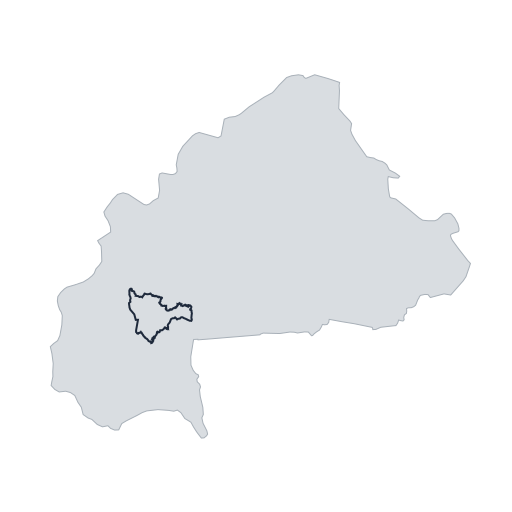 Tuy, Tuy, Burkina Faso (highlighted), rotated 356°
{"feature_id": "67063806B52798800731394", "entity_name": "Tuy", "entity_type": "district", "adm_level": 2, "iso_a3": "BFA", "parent_name": "Burkina Faso", "parent_adm1": "Tuy", "projection": "natural_earth1", "projection_center": [-3.482, 11.43], "detail": "fine", "context": "in_parent", "style": "outline", "palette": "slate", "viewbox_px": 512, "rotation_deg": 356, "n_neighbors": 0, "source": "geoboundaries", "source_scale": "gbopen_adm2", "svg_char_len": 8763}
<svg xmlns="http://www.w3.org/2000/svg" viewBox="0 0 512 512"><g transform="rotate(356 256 256)"><path d="M389.4,335.2L375.5,335.8L370.4,337.6L367.4,337.6L367.3,336.2L366.9,335.3L349.3,330.4L337.0,327.5L324.6,324.3L323.9,327.3L322.1,329.3L319.4,329.4L317.5,328.9L316.3,331.2L314.2,334.3L311.3,335.8L308.5,337.7L306.9,339.3L305.8,339.4L302.9,335.5L299.1,335.1L292.0,335.7L288.9,334.7L284.5,334.2L274.2,335.0L257.8,333.4L255.1,334.2L254.4,334.9L238.2,335.1L220.3,335.3L205.3,335.5L192.3,335.6L192.2,335.0L188.0,334.9L187.6,336.2L183.9,351.9L183.5,360.4L185.4,365.7L187.7,369.1L190.1,370.5L190.4,372.4L188.4,374.8L188.6,377.4L190.9,380.0L191.5,382.7L190.3,385.6L190.6,392.4L192.4,403.3L192.4,410.4L190.7,413.6L191.5,419.2L194.8,427.0L195.3,430.3L194.2,431.8L191.5,433.8L188.8,433.8L185.6,429.0L184.3,426.9L181.7,422.1L179.5,417.3L176.6,415.2L173.7,413.2L170.2,407.1L166.8,404.2L163.2,405.1L158.0,403.9L147.5,402.4L136.2,402.9L131.5,404.3L126.8,406.5L115.1,411.4L110.4,413.8L106.9,419.9L102.9,419.8L98.9,417.8L96.4,415.0L91.0,415.7L85.9,413.0L80.9,407.6L77.2,405.9L72.5,402.1L71.2,394.7L68.2,389.6L65.5,382.5L61.4,379.3L56.7,377.6L50.2,377.9L46.0,375.1L42.6,370.9L43.5,367.3L45.0,362.1L45.2,357.2L46.2,349.2L45.6,339.1L44.5,332.1L48.0,329.2L52.2,326.6L54.8,321.8L57.5,311.2L58.6,301.9L57.8,298.5L56.4,295.8L55.3,291.8L54.7,287.0L55.5,282.7L58.6,278.8L62.5,275.5L65.3,273.9L72.7,272.3L81.9,269.9L87.2,267.1L91.1,264.3L93.3,262.1L95.5,257.6L99.1,254.2L101.8,250.7L102.2,240.9L102.2,235.3L100.2,232.2L99.1,229.6L112.7,222.0L112.8,216.6L110.9,210.5L108.2,205.7L107.3,201.5L111.0,196.6L114.4,192.9L116.8,189.7L122.2,184.9L127.8,183.7L132.9,185.5L147.8,196.8L150.4,197.5L153.5,196.6L157.4,193.6L162.5,191.3L164.4,183.8L164.2,172.6L165.4,167.5L168.1,166.6L176.7,168.8L178.9,168.9L181.4,168.2L183.2,166.2L183.2,162.6L182.8,159.5L185.5,149.1L190.7,141.4L201.0,131.7L204.2,129.8L207.9,128.8L226.4,135.4L229.5,133.8L233.9,117.3L239.0,115.7L245.0,115.4L248.9,114.0L250.9,112.9L259.7,106.6L275.2,98.1L283.5,94.4L285.1,93.1L291.1,87.0L299.0,80.1L304.0,78.7L311.0,78.2L315.4,79.3L316.6,81.3L318.1,82.3L327.2,79.3L340.2,84.0L351.5,88.7L350.8,91.6L350.8,96.8L349.9,104.9L348.8,114.7L353.5,121.1L359.1,127.9L360.6,130.6L359.1,137.3L360.2,141.2L363.2,147.8L368.2,156.1L373.4,164.7L377.0,165.8L380.4,166.5L382.5,168.1L385.5,169.6L388.5,170.5L391.1,172.4L392.8,174.2L395.0,179.5L400.8,183.0L404.9,186.5L403.3,188.2L398.2,187.5L393.5,186.0L392.8,188.6L392.7,198.3L393.5,206.3L394.6,207.4L399.4,208.9L410.9,219.4L421.2,229.3L424.7,231.9L430.4,232.9L436.8,233.3L439.6,232.4L445.8,227.4L449.1,226.8L452.1,227.0L453.8,227.8L456.8,231.9L459.6,238.0L460.4,242.6L460.2,245.0L459.2,245.9L454.1,247.1L451.9,248.0L451.4,249.4L452.2,252.4L453.2,254.4L458.8,263.3L466.9,275.3L469.4,278.4L468.0,281.9L464.0,291.3L461.0,295.2L447.5,308.5L440.9,306.9L427.0,309.6L424.9,306.5L421.7,306.1L417.6,306.7L416.2,307.8L415.7,309.1L414.3,311.0L411.8,316.2L409.8,317.6L407.3,318.4L404.3,318.3L402.5,318.9L402.5,321.6L402.0,323.8L400.0,325.0L399.1,327.5L399.3,330.0L398.1,331.1L395.5,330.5L393.9,329.8L392.5,333.0L390.7,335.2L389.4,335.2Z" fill="#d9dde1" stroke="#a8b0b8" stroke-width="1"/><path d="M148.3,286.2L148.1,286.1L147.9,286.3L147.6,286.2L147.0,286.5L145.1,286.6L143.6,286.3L142.3,285.7L142.1,285.8L142.0,286.1L141.8,286.4L141.6,286.9L141.0,287.4L140.8,287.7L140.5,288.0L140.2,288.5L139.8,288.8L139.6,289.2L139.1,288.8L138.4,288.5L137.8,288.6L137.4,288.8L136.9,288.8L136.6,288.6L136.4,288.4L136.3,288.2L136.1,288.1L135.7,287.8L134.9,287.7L133.2,287.3L133.3,287.1L133.4,286.8L133.2,285.8L132.5,285.3L132.4,285.0L132.1,284.5L132.2,284.1L132.0,283.0L131.3,282.6L130.9,282.4L130.2,282.4L130.0,282.2L129.5,282.0L129.5,281.8L129.8,281.0L129.9,280.6L129.8,280.4L129.6,280.1L129.4,280.1L129.2,279.9L128.6,279.9L128.3,280.1L128.1,280.2L127.9,280.4L127.7,280.6L127.6,281.2L127.3,281.5L127.2,281.9L127.1,285.4L127.0,285.5L127.1,286.0L127.2,286.7L127.3,287.0L127.7,287.7L128.0,289.5L127.5,290.7L127.3,291.2L127.3,291.6L127.5,292.6L127.5,293.0L126.1,294.0L126.0,294.8L126.2,297.6L126.2,298.4L126.8,300.7L130.5,305.7L131.6,311.3L133.8,311.4L131.2,321.8L131.1,323.5L131.6,324.0L131.8,324.3L131.9,324.8L132.5,325.1L132.8,325.3L133.1,325.3L133.4,325.0L133.6,324.6L134.0,324.7L134.7,324.4L135.2,324.1L135.4,324.1L135.6,323.9L135.7,324.3L135.9,324.5L136.4,324.3L136.5,324.4L136.4,324.8L136.6,324.9L136.7,325.3L136.9,325.4L137.0,325.7L137.5,326.3L137.6,326.5L137.8,326.8L137.8,327.2L138.0,327.6L138.3,327.7L138.4,327.9L138.6,328.3L139.1,328.9L139.1,329.0L139.3,329.1L139.4,329.4L139.7,329.5L139.7,329.8L140.0,330.0L140.3,330.3L140.7,330.6L141.0,330.7L141.2,331.0L141.5,331.1L141.9,331.7L142.1,331.8L142.3,332.2L142.7,332.8L142.7,333.0L142.9,333.1L143.1,333.5L143.4,333.6L144.2,334.1L144.6,333.9L144.9,334.3L145.4,334.5L145.5,334.6L145.4,334.9L145.4,335.6L146.0,335.5L146.2,335.3L146.1,335.2L146.1,334.9L146.3,335.0L146.6,334.9L146.7,334.7L147.1,334.2L147.1,333.8L147.2,333.6L147.4,333.5L147.4,333.4L147.6,333.3L147.6,332.9L147.3,332.1L147.1,332.4L146.7,332.6L146.4,332.2L146.9,331.7L146.8,331.3L147.1,331.1L147.2,331.3L147.2,331.1L147.4,331.2L147.8,331.0L148.0,331.1L148.0,330.8L147.8,330.6L147.7,330.3L148.3,329.5L148.7,329.2L149.0,329.2L149.1,329.4L148.6,329.7L149.0,330.2L149.0,330.7L149.3,330.6L149.4,329.7L150.5,328.2L151.1,327.7L151.4,326.9L151.7,326.6L151.7,326.4L152.0,326.2L152.0,325.8L151.8,325.6L151.8,325.3L152.1,324.8L152.3,324.8L152.7,324.6L153.4,325.3L154.2,325.3L154.4,325.2L154.9,324.3L155.1,323.9L155.2,323.4L156.2,323.4L156.9,323.6L158.0,323.0L159.1,322.1L159.5,321.7L159.8,321.0L160.1,320.8L160.5,320.9L160.7,321.1L160.8,321.3L161.1,321.4L161.2,321.6L161.4,321.6L161.4,322.1L161.6,322.2L161.7,322.5L161.9,322.6L162.1,322.7L162.2,322.4L162.4,322.3L162.5,321.9L163.0,321.9L163.2,322.1L163.2,321.7L163.4,320.5L163.2,319.9L163.1,319.1L163.4,318.4L163.7,317.9L165.1,316.5L165.5,315.9L166.7,313.3L166.9,313.0L167.3,312.8L168.5,312.3L169.9,312.4L170.5,312.0L171.0,311.6L172.1,312.7L172.4,313.3L172.6,313.7L172.8,313.8L173.3,313.5L174.0,313.2L175.7,313.1L176.6,312.2L177.2,311.9L177.5,311.9L178.4,312.0L179.0,312.4L179.4,312.7L179.8,313.0L181.6,313.8L182.3,314.3L182.7,314.4L182.9,314.7L183.5,315.0L184.4,315.4L185.2,315.9L185.6,316.0L186.0,315.9L186.6,316.1L186.8,316.0L187.0,316.1L187.2,315.8L187.5,315.2L187.5,314.5L187.2,313.3L187.3,312.5L187.6,311.0L187.6,310.5L188.0,309.1L188.0,308.3L187.8,307.3L187.9,305.9L187.8,305.6L187.5,305.3L187.1,305.3L186.7,305.2L186.6,304.9L186.6,304.5L187.3,303.9L187.6,303.5L187.8,303.0L188.0,302.2L187.5,301.4L187.1,300.9L186.8,300.9L186.8,300.7L186.6,300.6L186.3,300.9L186.0,301.0L185.7,300.8L185.5,300.5L185.2,300.2L184.8,300.2L184.6,300.4L184.6,300.5L184.9,301.1L185.0,301.4L184.9,301.4L184.8,301.7L184.5,301.5L184.2,301.6L184.0,301.4L183.9,301.4L183.5,301.1L183.3,301.0L183.2,300.7L183.0,300.2L182.3,299.7L182.0,299.6L181.9,299.7L182.0,300.0L182.0,300.4L181.3,300.0L180.9,300.0L180.4,300.5L180.1,300.5L179.9,300.8L179.6,301.0L179.7,301.3L179.5,301.1L179.2,300.8L179.2,300.5L178.6,300.3L178.2,300.3L177.9,300.3L177.7,299.5L177.8,299.4L178.1,299.2L178.2,298.9L177.5,298.9L177.3,298.6L177.3,298.3L177.0,298.3L176.9,298.2L176.6,298.6L176.4,298.5L176.1,297.9L175.7,298.3L175.3,298.2L174.8,298.3L174.8,298.5L175.1,298.9L174.9,299.3L174.5,299.4L174.3,299.2L174.3,299.3L174.3,299.5L174.2,299.7L174.0,299.9L174.0,300.3L173.6,300.5L173.6,300.8L173.1,301.0L173.0,301.3L172.9,301.2L172.4,301.3L172.3,301.5L172.2,301.5L172.0,301.9L171.9,301.8L171.5,301.7L171.1,302.0L170.9,302.1L170.7,302.3L170.4,302.2L170.3,302.3L169.9,302.3L169.5,302.7L169.1,302.8L168.8,303.0L168.7,303.3L168.5,303.5L168.3,303.5L168.1,303.6L167.5,303.4L167.4,303.5L167.3,303.3L167.0,303.1L166.7,303.1L165.9,303.7L165.5,304.1L165.3,304.1L165.2,304.2L165.1,304.4L164.6,304.3L163.7,304.3L163.5,304.2L163.3,304.0L163.2,303.7L162.6,303.3L162.3,302.8L162.2,302.4L162.3,302.3L162.7,302.2L162.9,301.9L162.6,301.4L162.7,300.7L162.8,300.4L162.9,299.4L162.1,299.4L161.9,299.6L161.4,299.5L161.2,299.2L160.6,299.3L159.3,299.3L158.1,298.8L158.2,298.3L158.2,298.0L157.8,297.8L157.1,297.1L156.8,297.0L156.2,295.8L156.2,295.7L156.4,295.6L156.9,295.6L157.2,295.0L157.5,294.7L157.6,293.9L157.6,293.6L157.8,293.0L158.1,292.7L158.2,292.4L158.6,292.1L159.0,291.6L158.9,291.5L159.1,291.3L159.2,291.0L158.8,290.8L158.5,291.1L157.8,291.0L157.2,290.2L156.8,290.0L156.7,290.1L156.6,290.3L156.4,290.3L156.4,290.2L156.2,290.2L155.8,290.0L155.7,289.9L155.3,289.8L154.9,289.6L154.9,289.8L154.6,289.6L154.7,289.4L153.9,289.2L153.3,288.9L152.8,289.1L152.7,289.2L152.4,289.2L152.1,289.1L152.3,288.8L152.2,288.8L151.9,288.8L151.7,288.7L151.2,288.7L151.3,288.5L151.2,288.4L150.9,288.7L150.7,288.6L150.3,288.4L150.1,288.0L149.9,288.1L149.9,287.8L149.5,287.7L149.3,287.5L148.5,286.8L148.3,286.2Z" fill="none" stroke="#1e293b" stroke-width="2"/></g></svg>